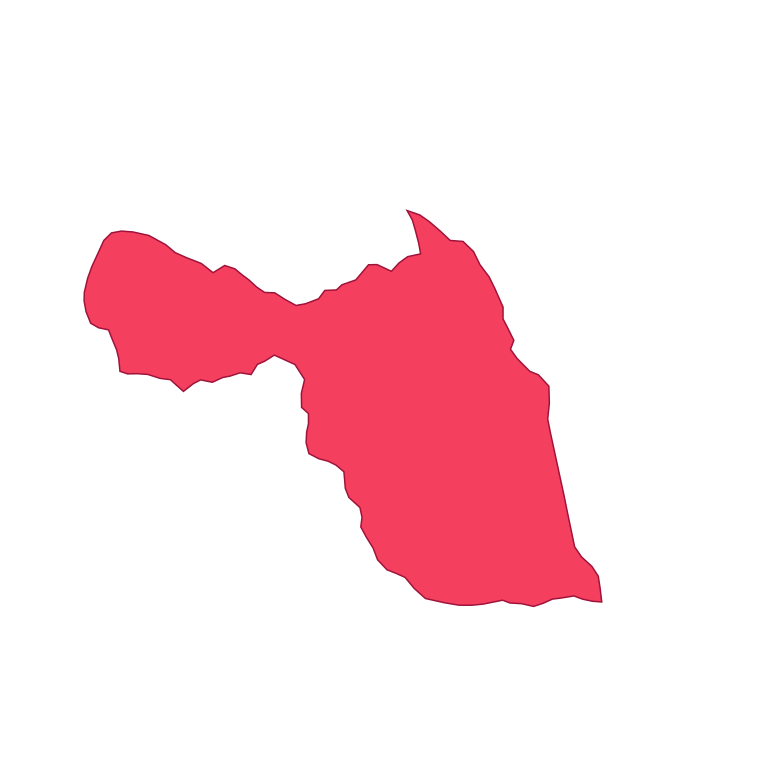 the district of Três Fronteiras, São Paulo, Brazil, rotated 130°
{"feature_id": "56859067B3080152432416", "entity_name": "Três Fronteiras", "entity_type": "district", "adm_level": 2, "iso_a3": "BRA", "parent_name": "Brazil", "parent_adm1": "São Paulo", "projection": "mercator", "projection_center": [-50.865, -20.277], "detail": "fine", "context": "isolated", "style": "filled", "palette": "rose", "viewbox_px": 768, "rotation_deg": 130, "n_neighbors": 0, "source": "geoboundaries", "source_scale": "gbopen_adm2", "svg_char_len": 1798}
<svg xmlns="http://www.w3.org/2000/svg" viewBox="0 0 768 768"><g transform="rotate(130 384 384)"><path d="M443.4,689.9L454.1,690.9L470.0,686.5L481.5,683.4L493.5,679.0L506.4,672.5L513.1,667.2L520.2,658.6L526.0,647.7L524.4,638.8L519.6,629.8L524.4,621.0L529.8,610.6L535.1,603.5L544.0,594.4L541.1,587.0L534.6,579.5L528.5,571.1L523.6,559.1L518.0,550.4L518.3,542.4L518.6,532.9L506.0,530.2L498.7,527.1L493.0,516.6L482.8,511.8L476.9,507.0L467.9,501.4L462.2,491.9L450.4,493.6L443.1,490.0L432.4,486.6L426.3,464.7L431.6,447.7L444.3,441.3L454.9,432.1L455.2,422.9L463.0,416.3L470.5,412.4L479.1,405.9L485.6,396.7L483.1,385.8L479.1,377.2L477.0,368.8L477.0,358.3L483.1,352.2L488.8,346.6L493.5,337.9L494.1,323.0L500.3,315.1L508.4,309.9L512.6,299.3L516.7,286.8L522.8,275.9L524.4,262.3L521.5,253.6L518.6,243.6L521.2,229.3L521.7,214.4L512.9,197.4L505.2,184.3L497.1,174.6L488.8,166.5L473.4,154.2L470.8,146.8L463.8,137.3L458.2,126.4L449.6,121.1L440.5,116.7L434.5,111.1L424.3,102.3L421.2,93.6L416.4,84.6L411.0,77.1L401.6,87.1L393.5,96.3L390.1,107.5L389.5,121.6L386.2,133.3L364.5,160.9L353.8,174.3L314.6,224.9L305.6,236.1L292.4,245.0L279.7,256.3L277.7,271.6L280.6,280.6L278.9,298.5L276.1,309.4L267.1,312.6L261.8,324.7L257.6,334.7L248.6,342.2L239.6,360.5L234.4,372.2L231.0,387.0L225.0,400.6L224.0,415.1L231.5,425.6L230.7,438.7L230.5,453.5L231.5,465.2L236.3,477.8L240.1,467.8L245.9,459.1L254.0,447.7L260.8,439.6L271.2,447.7L281.4,450.3L292.9,450.8L297.0,466.1L302.6,472.5L322.4,472.5L335.0,480.0L342.5,480.9L350.4,489.5L360.8,488.9L373.1,495.8L380.4,501.9L382.8,514.0L384.4,526.3L390.6,534.3L391.6,543.8L391.1,554.3L391.6,563.0L391.6,572.2L395.6,582.2L408.6,586.5L409.1,601.4L414.1,616.2L417.6,628.5L417.6,640.7L421.4,659.7L429.0,674.2L435.6,683.4L443.4,689.9Z" fill="#f43f5e" stroke="#9f1239" stroke-width="1.5"/></g></svg>